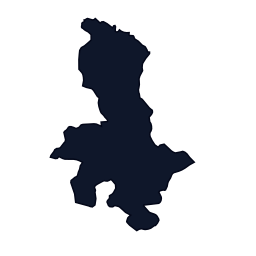 the Department of Caldas, rotated 286°
{"feature_id": "COL-1397", "entity_name": "Caldas", "entity_type": "Department", "adm_level": 1, "iso_a3": "COL", "parent_name": "Colombia", "parent_adm1": "", "projection": "albers", "projection_center": [-75.309, 5.29], "detail": "fine", "context": "isolated", "style": "filled", "palette": "ink", "viewbox_px": 256, "rotation_deg": 286, "n_neighbors": 0, "source": "natural_earth", "source_scale": "10m", "svg_char_len": 3563}
<svg xmlns="http://www.w3.org/2000/svg" viewBox="0 0 256 256"><g transform="rotate(286 128 128)"><path d="M219.7,56.0L220.3,57.1L221.4,58.0L222.1,58.9L222.1,64.0L222.3,64.6L222.7,65.2L223.1,65.8L224.2,66.3L223.9,67.1L223.4,67.9L222.5,69.8L221.6,71.4L221.2,72.7L222.6,73.2L223.4,75.0L222.5,79.1L220.0,85.5L222.3,86.1L222.9,87.2L221.9,88.1L219.5,88.5L217.4,89.2L217.1,90.7L218.1,92.1L220.0,92.7L219.1,95.0L218.8,97.7L219.2,100.5L220.0,102.8L217.8,103.2L217.4,104.2L218.1,107.5L217.6,108.3L216.5,109.0L215.4,110.0L214.3,113.9L211.5,118.9L210.9,121.9L210.4,122.6L208.1,124.9L207.3,125.3L206.6,126.1L206.9,127.8L205.4,128.2L199.7,125.8L194.4,124.3L193.0,124.3L189.9,124.9L187.1,126.2L181.4,125.0L178.3,125.0L172.9,126.9L169.8,127.3L167.7,127.4L165.1,128.5L163.9,129.4L160.2,131.1L159.5,133.7L153.2,142.9L152.4,144.7L152.1,145.5L151.8,146.3L151.0,146.8L149.6,147.2L147.5,146.8L144.2,145.3L139.9,147.2L138.6,148.7L136.4,150.0L133.7,150.9L131.6,150.9L129.8,150.4L128.0,150.6L125.8,151.6L122.6,154.5L119.2,158.4L117.8,162.3L120.4,163.6L122.4,167.2L117.8,176.2L117.2,178.4L117.0,180.3L119.3,184.9L120.6,187.1L120.4,189.3L119.4,191.7L116.7,195.3L113.4,201.1L109.6,197.3L105.2,193.8L102.6,191.3L100.6,188.8L97.7,184.3L96.4,183.3L94.8,182.9L91.7,182.6L87.7,181.5L86.0,181.4L82.6,181.7L78.8,181.1L78.2,180.2L78.2,179.5L77.9,178.5L76.5,176.1L75.3,175.4L74.7,175.2L74.4,175.4L74.4,175.6L74.2,175.9L71.2,178.6L70.4,179.1L69.3,179.5L67.3,179.7L65.8,179.4L64.7,178.8L64.1,178.3L63.5,176.9L58.3,164.5L57.4,164.5L53.1,171.2L52.7,172.4L52.4,177.4L52.0,179.0L51.2,180.3L49.0,182.5L47.8,183.1L44.7,182.5L41.9,181.3L41.4,180.2L38.0,177.5L36.4,175.2L35.4,173.0L35.1,172.0L35.0,170.9L34.9,168.6L33.7,166.5L31.8,164.7L35.1,156.3L37.0,153.2L37.6,152.6L38.8,152.5L41.5,152.6L42.4,153.0L45.0,154.6L46.2,149.0L49.4,142.5L49.9,141.3L50.0,140.1L49.9,137.2L49.6,136.3L48.6,135.6L48.0,134.9L47.7,133.8L47.4,132.2L48.1,130.6L51.0,128.3L51.7,128.2L52.7,128.4L55.3,129.6L57.8,128.9L60.0,131.0L60.6,131.3L61.9,131.9L66.6,132.9L69.3,131.9L70.3,131.6L73.2,127.3L73.9,125.8L72.2,124.0L71.3,122.8L70.9,120.8L70.9,119.8L70.1,118.6L65.7,114.1L64.1,112.8L62.7,112.1L61.9,112.1L61.2,112.4L59.6,113.6L58.9,113.9L57.2,113.9L51.4,116.5L50.3,116.7L44.9,117.4L42.3,115.4L42.3,114.8L42.1,113.4L42.3,111.7L42.1,98.2L50.0,94.9L59.8,88.1L61.9,87.8L64.1,89.4L65.8,90.5L67.4,92.3L68.8,92.6L72.0,92.5L75.1,92.9L78.6,92.6L80.3,93.2L82.5,93.8L83.2,90.3L83.4,87.3L83.0,84.2L80.7,76.0L80.7,73.9L81.5,69.3L79.4,68.5L78.6,66.6L78.6,62.0L78.5,61.5L80.3,61.5L85.0,63.3L86.9,63.6L88.6,65.1L88.6,65.5L89.0,66.1L89.2,66.6L89.4,67.2L89.9,67.9L90.7,68.5L96.3,70.7L97.3,71.3L98.8,71.3L99.6,71.2L106.2,67.6L107.8,68.3L108.4,68.9L109.1,69.4L110.1,69.9L112.4,70.6L113.2,71.5L113.6,73.0L113.5,75.8L113.2,77.4L113.5,78.8L115.0,80.6L116.0,81.3L117.1,81.6L118.0,82.1L119.0,83.7L122.6,94.1L122.9,95.8L123.0,96.6L122.3,102.1L126.3,100.5L128.5,106.5L129.2,106.4L130.2,106.0L131.9,103.2L132.4,102.4L133.0,101.8L133.6,100.9L135.1,98.2L136.0,97.3L137.5,96.2L140.6,94.2L142.7,93.2L144.0,92.6L144.6,92.5L148.3,92.1L149.1,91.7L149.6,91.3L149.7,90.1L154.7,84.5L155.9,82.2L155.9,81.6L155.8,81.0L155.6,76.7L156.0,72.8L161.5,72.3L164.5,71.2L166.3,70.3L167.4,69.6L168.2,68.8L168.9,68.0L169.4,67.0L170.0,66.3L170.9,64.7L180.4,61.9L185.9,60.8L189.3,60.2L192.3,61.0L193.0,61.6L193.5,62.1L195.0,63.6L201.1,67.6L202.6,68.3L207.6,66.8L209.4,63.3L210.1,60.1L210.7,58.5L211.3,57.5L211.5,56.3L211.8,55.9L212.3,55.5L213.5,55.3L214.3,55.3L215.6,54.9L216.1,54.9L216.7,55.1L217.9,56.4L218.4,56.8L219.7,56.0Z" fill="#0f172a" stroke="#020617" stroke-width="1.5"/></g></svg>